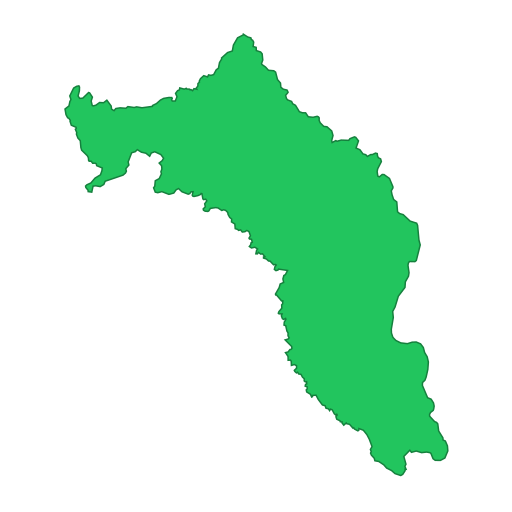 Pedra Branca do Amapari, Amapá, Brazil, rotated 179°
{"feature_id": "56859067B11147941217560", "entity_name": "Pedra Branca do Amapari", "entity_type": "district", "adm_level": 2, "iso_a3": "BRA", "parent_name": "Brazil", "parent_adm1": "Amapá", "projection": "albers", "projection_center": [-52.393, 1.236], "detail": "fine", "context": "isolated", "style": "filled", "palette": "green", "viewbox_px": 512, "rotation_deg": 179, "n_neighbors": 0, "source": "geoboundaries", "source_scale": "gbopen_adm2", "svg_char_len": 6059}
<svg xmlns="http://www.w3.org/2000/svg" viewBox="0 0 512 512"><g transform="rotate(179 256 256)"><path d="M230.0,210.7L230.2,207.7L231.2,206.7L231.1,203.4L234.0,200.1L234.7,198.4L234.1,197.8L230.9,197.6L231.7,195.8L230.7,192.9L229.6,192.1L227.5,193.1L227.2,192.2L228.9,189.4L229.2,186.4L227.5,185.8L226.4,180.4L225.3,178.6L225.4,175.7L224.3,173.6L225.4,172.4L228.3,171.6L221.9,164.9L221.7,162.9L222.6,162.0L223.7,161.9L225.6,159.5L228.2,158.9L225.7,155.0L225.7,151.2L223.3,151.3L222.6,150.0L222.5,146.0L219.6,146.8L217.4,145.7L217.4,143.1L219.7,141.0L219.2,139.9L217.6,138.4L216.4,139.1L215.4,137.3L213.1,136.9L211.6,134.0L209.9,132.5L210.0,130.3L208.9,129.3L207.6,129.5L207.5,127.2L208.7,126.8L209.1,125.0L207.1,124.3L207.1,122.2L208.1,121.3L207.7,119.2L204.0,116.8L202.8,114.0L202.0,114.4L201.9,115.6L198.4,115.8L196.2,111.4L192.2,105.9L189.5,105.1L188.7,102.6L186.2,101.9L185.1,100.1L184.2,101.6L182.5,100.9L180.5,96.9L179.2,95.7L178.0,96.4L177.6,95.6L178.9,93.9L178.1,91.4L174.9,89.8L174.6,88.8L172.8,88.6L172.9,87.6L171.2,85.3L168.7,87.5L168.2,86.7L165.4,86.1L162.1,82.2L161.3,82.6L160.6,81.3L157.2,79.4L156.3,79.9L156.1,81.7L151.7,79.9L148.2,75.4L145.9,70.8L143.3,63.4L145.0,60.5L144.2,58.5L144.9,56.9L144.1,54.9L141.3,51.7L140.7,49.2L136.8,48.4L131.9,45.0L129.1,41.7L124.2,39.1L120.8,36.0L115.1,34.0L113.1,35.1L110.7,38.7L110.6,40.4L109.7,40.2L110.8,43.1L109.7,45.2L111.7,53.0L105.6,59.1L104.0,57.0L99.2,58.2L93.8,56.5L88.9,57.0L85.5,56.3L84.6,55.7L82.5,50.2L80.4,48.6L75.2,48.4L70.7,50.7L67.6,57.8L67.9,62.8L69.9,67.7L72.2,68.8L72.3,70.9L76.4,77.8L77.2,85.0L78.4,86.5L80.3,87.3L85.2,92.8L85.2,94.8L84.2,96.5L81.5,98.6L81.0,99.9L80.5,102.8L81.1,106.0L83.4,109.8L86.9,111.3L91.9,123.7L91.7,126.6L89.3,128.8L88.0,132.0L86.2,139.5L85.5,147.0L86.6,152.2L89.1,156.6L90.3,161.6L93.0,165.3L97.3,167.2L101.4,167.1L106.1,165.7L112.8,166.6L117.6,169.1L119.5,171.1L120.6,172.4L121.9,176.6L122.0,180.4L119.8,192.1L120.3,198.2L117.9,202.5L114.4,213.3L107.6,222.0L107.1,227.6L103.9,233.1L103.3,236.6L104.2,244.0L103.8,246.2L102.7,247.8L97.2,247.6L95.8,248.7L91.6,264.2L92.8,269.1L93.9,283.8L94.8,286.0L101.3,288.2L108.1,294.8L111.6,295.9L113.7,297.7L114.3,307.6L117.4,310.1L118.9,314.9L119.6,318.8L117.9,321.7L117.9,322.9L121.2,331.2L126.6,335.2L128.4,335.3L131.2,333.0L132.8,333.7L133.4,338.3L132.8,341.1L129.0,348.2L129.7,350.9L131.9,352.1L132.7,353.7L133.0,356.3L134.7,356.8L137.8,355.4L139.6,355.4L142.9,353.6L144.5,355.4L147.3,356.2L150.2,360.4L154.1,362.2L151.5,369.3L154.2,372.9L155.5,373.4L160.0,371.7L161.3,370.0L168.8,370.4L173.0,369.3L174.2,370.0L177.9,368.1L178.3,370.1L176.9,375.1L178.1,379.7L182.8,384.0L186.0,384.4L189.5,388.1L190.5,390.5L190.4,393.0L191.1,394.0L192.4,394.6L196.5,393.7L201.3,394.3L203.9,398.3L207.1,398.4L210.1,399.5L213.9,406.0L216.7,407.6L217.7,409.9L221.8,411.6L222.8,413.0L223.6,416.1L221.1,419.0L221.3,419.8L222.1,421.4L225.8,422.3L228.2,424.3L228.5,428.5L231.4,432.0L233.2,439.5L235.0,440.9L240.3,441.5L243.2,444.8L246.8,447.4L247.1,448.4L245.8,451.8L246.3,458.0L247.8,459.9L252.1,461.4L252.2,464.6L255.2,465.5L254.6,469.9L255.6,471.8L256.9,472.5L257.3,474.2L260.4,475.1L264.8,478.0L265.0,477.2L270.6,474.5L274.9,467.3L276.1,461.4L280.9,459.9L287.0,454.6L286.9,453.6L289.1,450.1L290.3,444.4L292.5,442.9L295.2,438.1L297.9,437.4L300.3,437.9L301.3,435.9L305.1,437.2L308.4,434.3L309.7,431.8L309.5,430.8L311.0,429.5L311.2,426.9L313.0,424.7L312.4,423.8L315.1,424.4L316.5,422.4L318.1,423.5L319.0,423.2L319.5,424.0L322.1,424.1L322.8,424.9L324.8,424.1L329.3,425.4L329.7,423.4L331.5,422.7L333.6,420.0L332.2,416.6L334.0,412.4L337.0,412.4L337.7,413.6L337.0,414.9L337.4,415.9L340.4,416.0L345.6,415.2L348.8,413.6L352.9,410.1L356.8,408.3L356.9,407.4L367.4,406.2L372.8,407.2L375.2,406.6L381.5,407.6L383.5,406.0L389.3,406.5L393.6,405.9L395.4,403.8L397.8,405.3L398.2,408.5L402.4,414.4L405.7,411.9L409.7,412.2L413.4,409.6L416.2,408.9L417.1,409.3L418.1,413.8L416.8,417.7L419.5,422.0L420.5,422.4L426.5,416.8L429.6,416.7L431.1,419.1L429.7,424.2L429.5,427.9L430.1,429.2L432.4,428.8L435.4,427.1L439.4,419.3L438.3,415.7L439.4,413.7L440.4,409.3L444.4,406.3L443.5,400.6L441.9,397.5L440.7,396.9L439.3,394.8L439.6,394.0L438.4,390.0L433.6,387.8L433.5,386.6L434.4,385.9L433.1,382.6L433.4,380.9L432.0,377.0L429.7,374.4L429.2,367.5L428.5,364.9L422.9,359.2L421.9,357.2L421.7,354.5L421.2,353.7L419.1,353.6L417.7,351.6L415.1,351.6L414.1,351.0L413.7,349.1L408.2,346.7L408.6,343.9L410.1,339.9L415.6,336.7L419.8,331.9L423.8,330.2L425.2,328.9L424.9,327.4L422.7,324.6L422.7,323.3L419.1,322.7L417.7,328.7L415.0,329.0L410.6,328.1L406.9,330.2L405.5,333.4L387.5,339.2L385.0,341.3L384.1,343.1L384.7,345.5L381.5,349.2L382.2,352.3L378.5,361.4L374.9,362.4L372.8,364.4L368.8,361.8L364.3,360.7L360.6,357.6L358.9,360.8L355.4,362.0L349.4,359.1L346.7,355.4L348.1,353.0L351.2,350.6L348.9,348.0L348.7,346.7L348.6,344.5L349.6,341.9L349.1,339.8L351.4,335.1L355.4,333.0L356.0,327.5L357.2,326.0L355.6,321.6L353.1,321.0L349.0,322.0L342.1,319.2L340.9,319.4L337.1,320.4L334.7,323.6L332.3,324.8L328.9,321.5L322.7,319.0L321.2,319.5L319.8,321.3L317.8,321.4L318.7,317.9L318.2,317.0L317.0,316.6L313.0,317.4L310.6,318.4L309.8,319.5L309.0,319.3L308.1,314.0L307.4,313.3L305.3,313.7L304.2,312.0L306.4,309.1L305.8,306.1L308.0,304.0L307.7,302.7L306.1,301.7L303.4,301.4L302.4,301.9L300.8,304.4L295.4,305.1L293.1,304.7L289.4,302.1L287.5,302.8L285.5,302.1L283.5,300.0L283.2,298.0L281.6,295.0L279.7,293.4L279.9,290.5L276.6,288.4L276.3,283.7L273.9,282.9L273.0,281.9L270.9,282.4L269.3,280.2L266.6,280.5L264.7,281.7L262.6,280.5L261.2,276.3L262.7,274.0L262.2,273.1L260.2,272.8L259.5,269.8L260.7,269.3L261.1,267.4L262.5,265.6L260.4,264.1L257.0,264.8L254.3,263.0L255.3,261.7L256.1,258.2L254.5,258.1L253.6,259.6L251.2,257.8L249.5,258.1L247.1,255.2L248.5,254.9L248.5,253.8L245.6,252.8L243.6,250.8L242.0,250.6L238.6,246.9L236.6,247.2L235.9,246.6L237.2,245.0L237.9,242.3L236.3,241.0L234.2,241.6L233.7,242.5L224.7,241.0L226.9,236.9L228.5,236.0L229.5,232.6L228.8,229.1L232.3,227.6L233.4,224.0L237.2,217.6L237.0,216.7L236.1,216.6L231.2,210.6L230.0,210.7Z" fill="#22c55e" stroke="#15803d" stroke-width="1.5"/></g></svg>